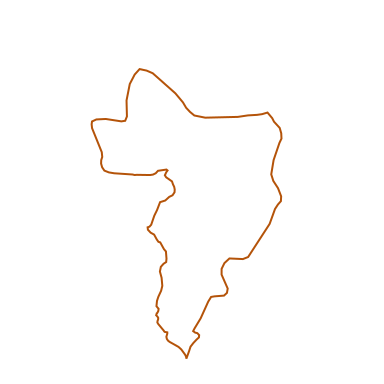 an SVG outline of Fès - Boulemane, rotated 233°
{"feature_id": "MAR-1446", "entity_name": "Fès - Boulemane", "entity_type": "Region", "adm_level": 1, "iso_a3": "MAR", "parent_name": "Morocco", "parent_adm1": "", "projection": "natural_earth1", "projection_center": [-4.364, 33.462], "detail": "fine", "context": "isolated", "style": "outline", "palette": "amber", "viewbox_px": 384, "rotation_deg": 233, "n_neighbors": 0, "source": "natural_earth", "source_scale": "10m", "svg_char_len": 1830}
<svg xmlns="http://www.w3.org/2000/svg" viewBox="0 0 384 384"><g transform="rotate(233 192 192)"><path d="M87.7,83.4L89.8,83.5L91.8,84.4L93.8,87.1L94.8,87.8L96.7,86.0L97.5,85.9L98.3,86.0L106.9,85.6L108.6,85.8L109.7,86.8L110.5,88.1L111.7,89.2L112.6,89.4L114.7,89.3L115.1,89.2L116.3,90.8L116.2,91.2L116.9,92.8L117.3,93.5L118.8,95.0L122.2,94.9L126.1,98.5L128.6,102.1L131.7,107.9L134.9,111.8L141.8,116.1L147.8,118.5L151.0,122.1L151.8,126.1L151.6,129.2L154.1,131.5L160.2,135.4L163.2,135.2L170.9,136.3L172.4,135.2L175.3,135.3L180.8,136.1L184.4,134.5L188.4,134.1L190.5,135.3L189.9,137.1L190.4,139.7L195.8,147.7L198.6,153.2L203.1,160.4L201.3,165.5L201.8,170.9L201.1,174.5L202.3,177.9L204.4,179.7L206.9,180.9L209.5,181.4L212.5,182.4L219.3,180.2L221.7,180.4L223.3,183.4L223.9,185.4L225.3,185.1L229.4,177.6L228.8,174.3L229.4,171.3L230.8,168.7L238.9,158.3L240.1,156.4L241.8,155.0L253.8,141.1L257.7,137.4L261.8,134.9L265.8,135.1L269.4,136.5L272.1,138.7L274.0,141.4L278.1,143.9L303.1,150.6L306.5,152.6L308.5,154.6L307.5,159.3L302.2,167.1L290.9,178.1L289.1,181.5L291.5,185.5L304.5,194.8L315.7,207.3L320.3,216.9L321.7,224.1L316.3,228.8L310.5,232.1L280.8,238.1L269.0,238.7L262.8,238.0L257.2,238.6L251.7,239.9L243.4,247.3L224.4,273.8L219.5,282.8L214.5,290.3L212.0,294.8L210.0,300.1L202.7,300.5L198.8,299.8L190.4,300.6L185.2,298.6L180.8,295.6L178.6,291.4L168.4,276.4L158.4,265.9L151.9,263.6L143.3,263.0L134.9,260.6L131.2,257.5L130.3,253.1L128.5,248.1L119.8,234.8L106.3,197.7L107.8,192.3L116.4,181.9L115.7,175.1L112.8,169.4L108.2,165.9L93.4,162.4L90.4,159.2L90.0,155.2L95.1,147.2L96.7,144.1L94.7,139.0L85.9,122.9L81.5,111.9L80.2,109.2L77.8,109.9L76.1,111.3L73.4,111.6L71.7,110.0L71.4,106.9L70.6,102.3L69.4,97.8L66.6,93.8L62.3,87.2L64.1,88.2L66.3,88.6L72.7,88.7L76.4,88.0L85.8,83.9L87.7,83.4Z" fill="none" stroke="#b45309" stroke-width="2"/></g></svg>